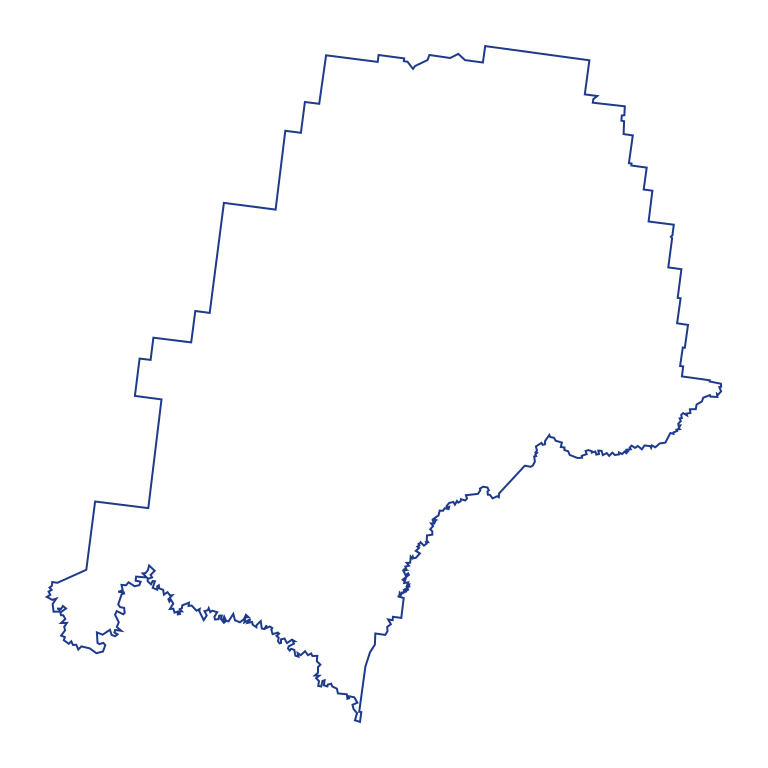 outline of Balranald, New South Wales, Australia
{"feature_id": "25037944B43785864788030", "entity_name": "Balranald", "entity_type": "district", "adm_level": 2, "iso_a3": "AUS", "parent_name": "Australia", "parent_adm1": "New South Wales", "projection": "mercator", "projection_center": [143.52, -34.044], "detail": "fine", "context": "isolated", "style": "outline", "palette": "blue", "viewbox_px": 768, "rotation_deg": 0, "n_neighbors": 0, "source": "geoboundaries", "source_scale": "gbopen_adm2", "svg_char_len": 6041}
<svg xmlns="http://www.w3.org/2000/svg" viewBox="0 0 768 768"><path d="M378.6,55.0L377.7,61.9L326.1,55.3L319.2,103.8L304.9,102.0L300.9,132.8L285.3,130.8L275.6,209.6L223.9,202.9L209.7,312.9L195.3,311.0L191.2,342.4L153.4,337.7L150.6,359.9L139.6,358.6L134.9,395.9L161.5,399.4L148.3,508.1L95.1,501.5L86.3,569.8L57.4,582.8L52.3,582.0L51.9,585.7L49.5,587.6L51.6,589.9L48.6,591.6L50.3,594.9L46.8,596.9L52.3,599.9L56.3,598.6L52.6,604.1L53.6,611.7L59.1,611.6L59.9,609.8L57.2,608.4L61.1,608.9L62.9,606.0L66.0,608.5L60.4,612.5L61.0,615.2L63.3,615.3L65.3,619.0L61.1,623.0L66.9,622.9L64.2,626.8L65.1,630.3L61.1,635.6L64.9,637.1L63.8,640.2L68.8,643.8L71.3,641.3L72.9,644.9L76.3,644.8L78.3,649.5L81.4,646.4L89.8,648.4L96.4,653.2L103.0,651.5L105.3,645.1L103.3,642.9L99.3,644.1L97.5,642.8L96.9,632.4L102.6,634.7L109.9,629.8L111.7,635.0L115.1,636.2L117.5,634.3L114.4,632.5L115.1,630.0L121.3,630.8L116.8,627.0L118.8,622.3L115.1,614.8L116.7,611.1L123.3,614.3L124.7,612.9L124.1,607.9L120.1,607.1L118.2,604.4L121.7,594.1L124.1,593.5L123.7,592.1L118.3,591.9L122.7,590.1L121.5,584.9L126.0,585.3L128.6,582.3L134.5,586.2L139.3,585.2L140.6,581.7L135.6,580.7L136.1,576.6L146.8,577.5L142.7,573.4L145.5,573.1L147.9,570.2L149.1,565.5L154.7,570.8L150.6,574.9L152.1,577.4L147.7,578.9L147.7,581.3L151.0,584.3L152.6,581.1L154.9,581.2L152.7,587.8L157.2,589.7L157.3,586.2L158.8,585.3L159.1,588.3L163.2,589.9L163.9,594.6L167.5,592.2L170.0,595.4L172.3,595.2L168.4,599.3L169.4,601.6L170.8,599.5L173.3,603.6L169.9,609.0L173.4,608.7L174.5,612.6L177.7,611.6L177.8,614.4L180.0,614.0L179.2,611.5L181.9,611.4L179.8,609.2L181.9,608.2L182.3,605.3L189.0,602.7L188.5,605.9L191.6,605.5L196.5,610.7L199.7,609.0L199.3,611.2L203.7,620.1L206.7,615.5L204.5,611.1L207.8,610.2L208.7,608.1L210.3,612.2L212.3,610.7L217.2,612.2L214.4,616.7L215.0,619.5L218.5,619.2L219.3,615.6L221.8,615.6L220.8,618.8L223.9,622.8L225.4,621.6L223.3,618.8L224.2,616.6L226.1,620.8L228.5,621.4L233.3,613.9L235.0,620.3L240.0,622.3L244.0,619.0L245.9,614.8L248.5,617.2L245.6,617.1L244.3,622.4L250.5,619.2L247.6,622.9L252.2,622.0L252.7,624.7L256.4,627.2L256.6,625.1L260.7,621.1L261.8,628.5L264.2,629.1L266.6,625.3L266.0,628.2L269.8,626.5L272.3,628.1L271.3,629.5L272.6,634.1L278.0,632.6L279.1,633.7L276.5,635.9L278.7,637.6L278.0,641.1L279.6,643.4L281.0,643.0L281.0,639.4L284.5,638.5L287.0,643.1L292.0,639.6L294.6,641.2L293.0,641.3L293.9,643.7L288.7,646.3L288.0,648.5L289.7,650.6L291.2,648.8L294.3,649.9L295.4,655.7L298.5,656.7L297.7,653.1L300.7,655.2L305.1,651.2L308.0,655.2L311.2,653.5L312.4,656.0L317.3,655.8L316.8,661.2L320.4,664.7L318.0,667.1L318.0,672.7L314.9,675.5L319.2,675.7L316.1,678.2L319.0,681.1L318.2,685.9L321.2,686.5L322.5,680.9L324.6,680.2L323.9,685.3L327.4,686.4L327.8,684.6L331.2,683.7L332.2,686.4L336.9,688.7L337.9,693.4L346.8,694.3L347.4,698.8L349.1,698.2L348.8,696.2L354.3,697.3L357.4,702.7L352.5,704.8L353.6,709.1L357.0,713.1L355.0,720.3L360.0,721.9L361.3,712.1L359.2,711.8L365.4,666.5L370.0,652.3L374.9,644.6L375.3,633.5L385.3,634.9L387.5,631.1L387.2,626.9L390.9,624.2L388.1,619.4L392.6,620.2L393.0,616.8L401.3,617.9L403.7,598.0L397.6,596.3L400.9,596.5L399.3,595.9L399.7,592.9L401.0,594.7L402.0,592.7L403.6,593.5L402.6,592.5L404.5,592.3L403.8,589.9L405.3,589.1L404.8,591.0L406.1,591.3L406.0,589.1L406.6,590.6L408.2,589.6L406.8,587.1L410.3,586.4L408.8,586.5L409.2,584.5L407.1,585.4L408.2,582.4L404.2,583.0L405.4,579.4L403.6,580.4L402.7,579.7L408.9,574.9L408.1,573.3L405.6,575.2L403.4,570.8L406.5,570.1L404.6,569.2L406.1,568.6L405.3,566.6L409.0,565.7L406.7,562.9L410.2,562.7L410.7,556.6L412.1,558.3L412.8,556.7L413.3,558.3L415.9,557.8L419.9,553.4L415.8,550.9L419.1,547.8L417.4,546.6L419.3,545.5L418.1,543.3L419.3,544.1L420.6,542.2L423.9,545.6L426.6,543.6L426.0,542.2L428.1,542.2L426.7,540.1L427.0,535.4L432.3,534.7L432.3,531.3L430.2,529.2L433.1,526.1L431.1,523.4L434.2,523.6L435.0,521.9L433.7,522.5L432.7,520.2L435.5,519.7L433.6,518.8L438.5,515.4L439.7,510.6L443.0,510.8L444.7,508.2L448.6,509.1L449.1,506.9L447.2,507.7L446.5,506.2L449.2,502.9L453.4,502.0L454.9,504.6L457.0,501.0L458.2,502.6L460.6,501.3L461.0,499.2L465.2,500.5L467.0,498.6L465.9,495.2L477.9,493.9L480.4,490.2L479.9,488.6L483.1,486.7L487.5,487.5L488.8,490.4L487.5,491.5L487.9,494.7L489.9,494.8L492.6,498.4L497.3,496.2L498.8,497.2L499.2,493.3L524.8,465.7L530.6,466.8L532.8,465.6L534.9,461.6L534.2,456.5L536.1,456.1L535.3,454.3L537.0,452.9L535.6,452.3L537.0,450.6L535.9,446.5L541.5,442.9L542.6,444.8L544.9,444.4L545.1,441.0L549.3,435.0L550.2,437.0L554.1,437.8L555.6,440.7L561.9,442.6L560.8,447.0L564.5,447.5L564.4,450.0L568.2,451.3L569.7,454.9L577.5,458.0L582.1,457.7L581.8,455.8L586.7,454.1L585.6,451.0L588.5,450.1L591.8,451.2L591.8,452.6L595.3,451.5L596.3,454.6L599.0,454.0L598.3,450.6L601.6,450.9L602.8,455.1L606.8,453.1L609.2,455.9L612.3,452.6L614.8,455.0L619.1,454.4L619.1,452.5L622.2,454.1L624.6,451.5L626.3,453.2L627.6,451.8L626.2,451.8L627.3,450.6L626.3,450.1L626.3,449.7L630.7,449.3L629.8,447.5L631.6,445.6L635.0,447.9L637.8,446.0L641.9,449.3L644.5,445.5L650.2,446.1L651.1,447.9L651.9,445.4L655.3,447.3L659.6,443.5L665.4,442.6L670.4,433.0L673.5,433.9L673.4,432.5L677.1,431.0L676.5,429.7L679.6,429.1L678.6,428.3L680.3,425.4L678.5,425.6L678.3,423.7L680.8,421.1L679.7,418.4L681.8,418.1L681.2,414.9L683.1,413.1L687.0,415.4L686.5,413.6L690.4,413.0L689.9,409.3L695.8,409.1L696.6,404.5L701.9,401.5L703.2,397.7L709.9,395.1L710.4,396.6L717.4,397.0L717.0,393.9L718.1,394.7L721.1,391.4L719.3,387.1L721.2,386.7L720.9,383.7L709.7,381.5L709.8,380.3L681.9,376.4L683.2,366.4L680.1,366.0L682.8,347.5L684.8,347.8L688.0,324.9L677.1,323.3L680.6,298.3L677.7,297.9L681.4,269.2L668.3,267.4L672.1,238.2L670.9,236.7L672.4,235.5L673.8,224.7L648.6,221.5L652.4,190.7L643.7,189.5L646.7,167.6L631.4,165.5L631.5,163.5L628.9,163.2L632.8,135.4L623.6,134.1L624.1,121.2L621.4,120.7L621.8,115.5L624.4,115.2L624.8,106.3L592.8,102.7L593.3,99.2L597.3,96.0L584.8,94.4L589.4,60.3L485.2,46.1L482.9,62.5L465.0,60.1L458.3,53.9L450.2,58.0L429.4,55.0L427.5,60.1L415.2,65.9L413.0,68.9L407.5,61.7L403.8,61.2L404.2,58.4L378.6,55.0Z" fill="none" stroke="#1e3a8a" stroke-width="2"/></svg>